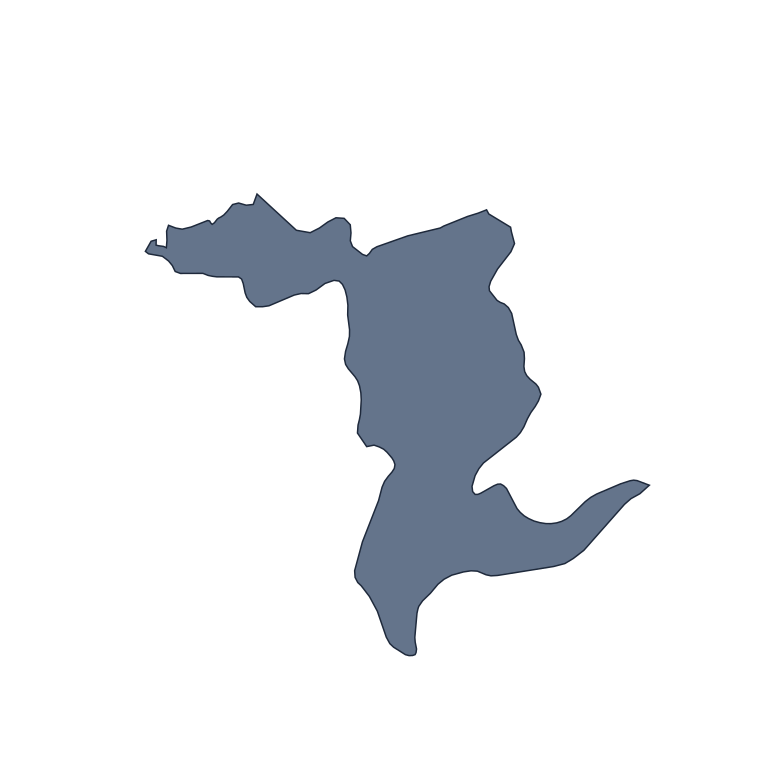 the border of Leribe, rotated 38°
{"feature_id": "LSO-1212", "entity_name": "Leribe", "entity_type": "District", "adm_level": 1, "iso_a3": "LSO", "parent_name": "Lesotho", "parent_adm1": "", "projection": "equal_earth", "projection_center": [28.234, -29.023], "detail": "fine", "context": "isolated", "style": "filled", "palette": "slate", "viewbox_px": 768, "rotation_deg": 38, "n_neighbors": 0, "source": "natural_earth", "source_scale": "10m", "svg_char_len": 2762}
<svg xmlns="http://www.w3.org/2000/svg" viewBox="0 0 768 768"><g transform="rotate(38 384 384)"><path d="M361.9,185.5L387.2,182.5L390.8,185.7L400.4,193.0L402.6,201.7L402.7,223.5L404.8,237.3L406.9,242.7L409.7,245.6L421.6,248.5L425.4,248.1L429.4,246.9L434.9,247.2L441.2,249.8L457.7,263.5L463.0,266.8L468.0,268.7L474.8,272.7L479.1,277.6L483.5,284.1L487.2,287.6L491.3,289.5L496.2,290.3L503.9,290.5L507.7,291.5L513.9,295.4L516.1,302.2L517.0,308.7L517.3,316.0L518.4,323.0L520.6,331.6L521.4,338.4L521.0,344.4L511.0,385.0L510.9,392.2L512.2,400.1L516.4,410.5L520.1,414.2L523.8,414.9L526.0,413.1L527.5,410.4L533.3,396.4L535.2,393.0L537.5,391.0L540.9,390.5L544.8,390.9L565.6,400.3L570.4,401.3L575.7,401.6L580.8,401.0L586.6,399.6L592.2,397.3L597.4,394.4L601.6,391.2L605.6,387.1L608.6,382.8L611.0,377.8L612.3,372.8L615.0,352.8L616.7,346.1L619.3,339.8L632.0,316.8L637.5,308.7L639.9,306.1L642.9,304.3L655.4,300.4L653.2,312.9L649.2,322.3L647.6,330.8L643.9,391.9L640.6,404.9L637.1,414.1L630.1,423.3L591.3,465.0L586.4,469.3L581.9,471.5L572.8,474.0L567.6,477.6L562.3,483.2L555.1,492.9L551.5,500.9L549.8,508.6L549.4,520.2L547.9,531.1L548.3,537.8L549.1,540.1L551.1,544.3L564.3,564.7L567.5,568.2L572.8,572.8L574.6,575.9L575.1,578.1L573.7,580.3L571.0,582.6L567.5,584.1L553.6,585.5L548.5,585.0L541.7,582.1L518.6,567.1L503.3,560.4L490.2,557.0L485.6,556.6L480.3,554.2L475.8,549.2L464.2,521.7L451.5,479.2L446.0,466.5L444.4,460.3L444.2,454.1L444.5,448.5L444.1,444.2L442.3,440.8L439.2,438.7L435.8,437.4L428.4,435.9L423.8,435.6L419.1,436.5L413.8,438.3L408.9,444.0L393.3,439.0L388.8,432.3L386.6,427.3L384.0,422.3L375.9,410.6L371.2,405.2L365.8,400.5L361.2,397.7L356.6,396.1L346.6,394.0L341.7,392.2L337.4,388.6L333.6,381.9L330.7,374.5L327.5,367.8L323.5,362.5L312.9,352.0L307.1,344.2L301.2,338.3L295.4,333.8L290.0,331.1L285.3,330.5L280.8,333.1L275.6,341.1L272.6,351.8L268.9,359.3L262.9,363.8L258.5,369.2L245.2,393.2L240.9,397.7L235.3,402.1L227.4,401.6L222.6,400.2L218.5,397.7L211.2,391.5L207.2,389.0L203.4,389.2L186.1,402.6L182.6,404.7L178.6,406.7L173.2,408.3L155.5,422.2L150.2,423.9L144.3,421.0L138.5,419.7L130.7,419.8L118.3,426.4L114.3,426.4L112.6,414.9L115.7,410.6L118.9,414.9L121.3,413.8L125.6,411.3L128.6,410.6L124.5,404.4L118.6,397.4L116.5,391.6L123.9,389.3L129.7,386.2L135.4,379.0L144.4,363.7L146.2,362.9L148.4,363.8L150.3,364.0L151.1,361.4L151.1,356.8L151.6,354.9L152.6,352.9L153.7,349.5L154.2,344.5L154.2,335.8L158.0,330.9L165.4,327.9L170.4,323.0L167.0,312.5L220.3,316.8L232.7,310.2L237.1,300.8L240.0,290.9L243.8,282.6L250.6,278.0L259.4,279.3L265.0,285.3L269.3,291.9L274.6,295.1L287.3,295.1L291.5,293.7L292.1,290.0L291.9,285.1L293.9,280.2L311.6,252.5L332.3,226.4L333.8,222.8L346.7,200.5L353.0,191.4L357.6,183.6L361.9,185.5Z" fill="#64748b" stroke="#1e293b" stroke-width="1.5"/></g></svg>